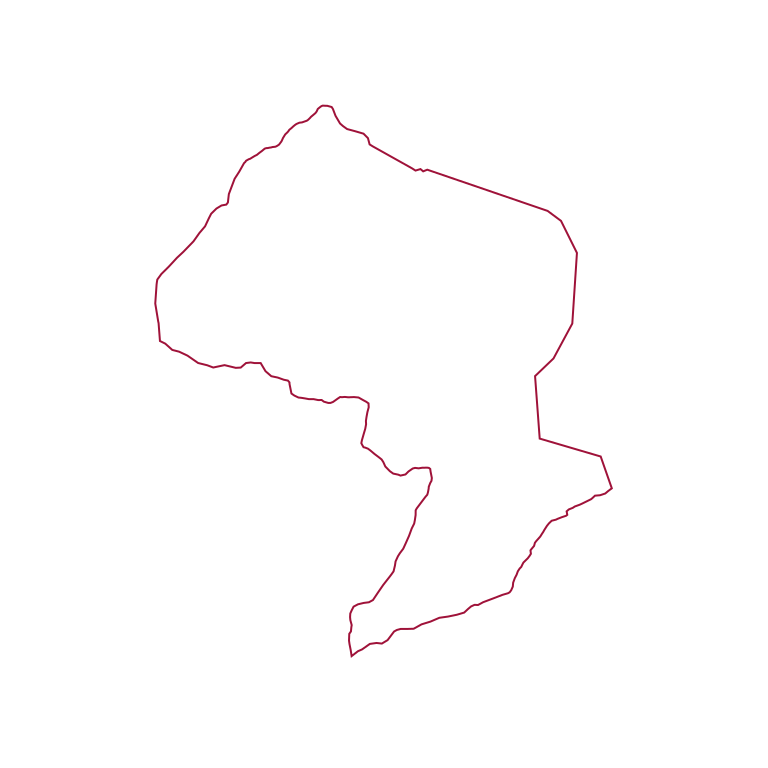 Samphelling, Chhukha, Bhutan, rotated 217°
{"feature_id": "84629894B17389160207490", "entity_name": "Samphelling", "entity_type": "district", "adm_level": 2, "iso_a3": "BTN", "parent_name": "Bhutan", "parent_adm1": "Chhukha", "projection": "equal_earth", "projection_center": [89.481, 26.851], "detail": "fine", "context": "isolated", "style": "outline", "palette": "rose", "viewbox_px": 768, "rotation_deg": 217, "n_neighbors": 0, "source": "geoboundaries", "source_scale": "gbopen_adm2", "svg_char_len": 3706}
<svg xmlns="http://www.w3.org/2000/svg" viewBox="0 0 768 768"><g transform="rotate(217 384 384)"><path d="M588.8,283.5L583.0,284.6L573.6,283.8L567.1,286.5L558.0,288.4L545.1,288.9L536.4,292.6L530.3,294.4L522.7,303.1L512.1,307.7L508.3,310.9L506.8,317.7L503.4,321.0L500.0,322.8L495.1,326.5L486.3,322.9L478.7,322.4L475.7,323.8L472.7,325.2L466.6,327.1L462.8,328.9L460.5,328.4L459.4,327.1L452.2,320.7L448.7,320.8L444.2,321.7L441.9,323.1L438.5,324.9L434.9,326.7L431.0,329.6L426.8,331.6L424.2,333.7L421.4,333.7L417.2,335.3L415.4,336.6L413.9,339.0L412.0,345.0L411.2,347.2L409.6,348.2L407.5,350.1L404.5,351.9L400.1,355.5L396.2,357.9L390.8,358.6L387.6,359.1L384.7,359.2L382.2,356.2L380.3,351.5L378.1,347.1L376.2,343.6L374.1,341.1L372.0,336.9L370.4,332.6L367.8,325.8L366.5,323.1L364.7,322.2L362.3,321.2L360.7,321.9L357.8,322.7L354.8,322.7L349.6,322.4L344.4,322.4L340.5,322.3L337.5,321.2L333.3,318.9L326.8,317.9L322.7,318.0L318.0,320.2L315.7,320.8L312.4,324.7L311.8,328.9L310.2,333.8L308.7,335.7L305.6,337.5L303.0,340.2L299.1,343.2L297.7,344.0L296.0,344.0L294.0,342.0L289.2,337.7L287.8,335.2L287.5,332.8L286.4,328.9L285.3,327.2L283.6,323.7L282.8,321.6L283.0,318.8L283.0,315.8L283.0,312.9L283.0,308.7L283.0,304.4L282.7,302.2L279.9,298.4L277.4,293.8L275.9,290.7L274.9,285.3L272.6,277.7L270.7,269.5L269.5,264.0L269.5,258.4L269.2,254.8L268.0,249.3L266.0,245.6L263.6,240.1L263.5,236.8L263.5,233.6L263.6,228.7L263.7,223.1L263.6,220.6L263.3,213.8L262.8,204.8L264.7,200.6L268.4,197.0L272.2,192.4L274.3,187.9L273.6,183.8L272.8,180.4L270.8,177.4L268.8,175.2L264.7,172.0L263.7,170.1L261.5,166.5L261.4,163.6L257.5,158.0L255.0,155.5L250.4,151.4L246.1,147.2L244.0,154.9L241.8,158.8L238.9,167.9L234.1,172.7L229.5,175.4L227.0,181.6L227.0,186.7L227.0,192.4L225.7,195.3L223.3,198.4L218.0,202.4L213.0,206.4L209.4,214.6L203.9,222.2L199.1,230.6L192.9,236.8L187.0,243.5L182.4,249.7L181.9,252.5L181.5,254.8L180.6,258.8L178.8,262.1L175.9,264.1L173.5,269.4L167.6,278.7L162.5,286.9L159.0,291.6L158.3,293.3L158.3,295.8L159.2,299.7L161.3,303.1L162.7,307.7L163.3,311.4L164.4,315.0L164.6,318.3L164.3,320.5L164.8,322.9L165.2,325.3L164.8,328.0L164.3,331.3L164.3,334.4L164.5,336.8L166.9,339.3L166.9,341.0L166.7,345.0L167.9,348.0L167.9,350.0L167.4,356.2L167.7,359.6L167.8,361.7L168.1,363.7L168.5,368.8L168.4,371.9L167.8,375.7L165.0,379.2L164.2,380.8L161.8,384.7L159.3,388.3L158.9,389.8L161.5,392.2L160.9,395.1L158.7,398.7L157.9,401.0L155.1,405.3L153.8,407.7L149.3,416.6L148.9,418.3L148.3,421.8L144.5,425.2L141.4,429.7L140.5,433.6L139.3,437.8L145.3,441.8L167.3,456.5L226.8,434.1L268.1,481.2L264.0,506.4L270.0,545.6L308.8,604.8L340.8,620.8L357.5,620.7L478.4,581.2L480.7,577.4L484.2,577.6L487.3,573.4L491.4,573.1L536.1,567.0L539.7,566.7L544.8,570.7L551.0,571.6L559.2,568.5L566.9,565.4L572.0,565.3L575.9,565.6L579.5,567.1L584.1,569.0L590.3,572.9L592.5,573.7L596.8,572.0L598.0,571.1L600.4,569.5L601.2,568.3L601.8,566.3L602.4,563.8L601.8,561.1L601.8,559.1L602.4,556.4L603.1,553.4L603.2,551.9L603.6,549.3L604.1,547.8L606.9,543.6L608.8,541.8L610.4,539.0L611.0,537.2L611.5,535.1L611.9,532.8L612.6,530.0L612.5,528.4L612.6,526.9L613.1,523.9L612.7,519.6L612.3,518.0L611.9,516.0L611.9,514.4L611.9,512.0L612.6,510.0L613.4,508.3L614.3,507.4L615.6,506.2L616.5,505.0L617.8,503.7L618.8,502.5L619.9,501.6L620.9,500.2L621.7,496.8L622.7,493.4L623.4,490.5L624.5,488.3L625.7,485.3L626.4,483.4L627.3,482.1L628.5,479.3L628.4,477.8L628.7,476.2L627.4,466.4L626.8,458.0L622.2,442.3L617.9,435.0L617.9,432.4L621.2,428.8L623.4,423.3L624.5,416.0L623.6,410.9L621.8,402.3L622.3,393.5L622.0,383.3L623.8,368.7L625.3,360.2L626.5,348.2L628.0,337.9L627.9,331.0L626.7,328.7L625.5,326.6L615.1,310.6L601.9,298.0L600.7,297.0L588.8,283.5Z" fill="none" stroke="#9f1239" stroke-width="2"/></g></svg>